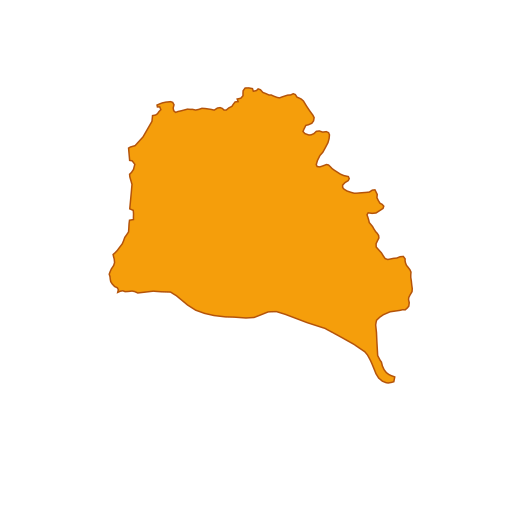 the district of Barra do Quaraí, Rio Grande do Sul, Brazil, rotated 237°
{"feature_id": "56859067B54951640947234", "entity_name": "Barra do Quaraí", "entity_type": "district", "adm_level": 2, "iso_a3": "BRA", "parent_name": "Brazil", "parent_adm1": "Rio Grande do Sul", "projection": "mercator", "projection_center": [-57.339, -30.127], "detail": "fine", "context": "isolated", "style": "filled", "palette": "amber", "viewbox_px": 512, "rotation_deg": 237, "n_neighbors": 0, "source": "geoboundaries", "source_scale": "gbopen_adm2", "svg_char_len": 3696}
<svg xmlns="http://www.w3.org/2000/svg" viewBox="0 0 512 512"><g transform="rotate(237 256 256)"><path d="M430.1,245.7L425.6,242.1L417.4,226.1L414.4,214.7L415.8,210.1L415.9,207.9L405.0,202.1L403.2,204.0L398.9,204.3L395.3,200.4L393.9,197.1L393.4,194.5L391.1,193.3L387.9,192.3L383.6,191.0L376.8,185.7L364.3,175.8L361.1,177.9L358.0,176.2L355.1,174.2L353.3,173.1L354.9,169.4L352.3,167.2L350.4,165.8L348.6,164.5L345.6,162.2L344.3,159.2L343.1,156.1L340.8,153.1L339.0,150.4L337.4,145.9L336.2,142.7L335.4,139.3L335.1,137.0L332.8,136.1L330.8,135.5L327.5,133.8L325.6,131.5L323.9,127.6L322.2,125.0L320.7,123.0L318.2,122.3L315.8,121.1L313.6,120.2L310.8,120.2L307.4,120.8L304.9,122.4L302.7,122.2L300.8,120.2L300.4,122.9L299.4,125.3L297.4,126.8L295.8,129.6L294.1,133.0L292.2,134.9L289.4,136.7L282.4,150.8L280.9,152.7L277.5,157.2L272.3,164.7L269.2,166.1L266.1,167.6L260.6,169.3L252.2,171.9L243.4,175.9L235.9,181.6L229.0,188.3L221.6,197.2L216.7,204.3L209.5,213.8L205.5,220.9L204.1,227.6L202.5,235.7L201.4,237.7L199.7,240.5L198.2,242.9L191.1,248.8L184.3,253.8L172.4,262.5L159.7,272.8L157.8,274.4L155.7,275.5L143.8,282.0L128.8,289.9L116.4,295.1L112.3,295.6L108.2,295.3L106.0,295.1L102.2,294.5L96.9,293.5L91.9,292.5L86.8,292.4L82.2,293.8L78.9,296.1L77.5,297.7L76.2,300.8L75.5,303.1L79.0,306.5L82.1,304.2L84.2,302.9L87.2,301.8L90.9,301.5L94.9,302.1L98.7,303.4L101.0,303.3L106.2,303.8L112.5,307.4L118.8,311.0L126.1,315.3L133.0,318.8L135.0,320.6L136.5,322.2L137.3,326.6L137.4,330.9L136.2,338.0L134.0,342.8L132.1,346.9L131.1,349.7L129.6,351.8L130.0,354.6L130.7,356.8L133.4,359.1L136.2,360.1L137.9,361.4L139.3,363.7L141.1,367.4L143.4,369.2L146.8,370.8L150.3,372.6L153.7,374.1L156.0,375.6L158.1,377.2L160.6,377.6L163.4,377.4L166.2,377.1L168.7,377.6L170.8,378.4L172.4,379.5L175.4,379.3L176.9,376.5L177.6,372.9L179.2,369.9L180.3,367.0L181.3,364.6L183.5,362.9L186.8,362.8L190.3,362.9L193.4,362.4L198.1,361.7L200.9,363.4L202.7,366.3L204.2,368.9L206.4,370.0L209.1,370.0L211.2,369.6L214.6,369.6L217.3,369.8L222.3,369.2L225.1,370.2L227.9,371.0L230.1,371.5L231.1,373.6L228.5,376.6L226.7,380.1L226.7,383.2L226.7,388.4L228.2,390.3L230.6,389.9L232.8,388.7L236.0,388.8L239.1,389.2L241.6,391.2L246.7,391.8L247.9,389.4L247.9,385.8L249.3,383.1L251.2,379.6L252.5,377.2L253.7,374.9L255.1,372.6L257.7,370.3L261.0,367.7L264.2,366.2L266.3,366.0L268.3,367.3L269.1,370.6L269.0,374.4L270.1,376.3L272.3,376.7L275.7,373.4L278.8,371.3L281.3,370.2L285.3,368.4L287.9,367.4L290.2,367.0L292.8,366.4L294.3,365.0L295.3,360.5L296.0,358.0L297.7,356.0L299.8,356.3L302.6,359.5L305.5,364.4L306.6,368.5L309.0,373.0L311.8,378.0L314.6,381.2L317.6,383.6L319.9,384.0L322.0,382.7L323.6,379.4L326.4,377.2L327.7,374.5L327.1,371.2L327.6,368.2L328.7,366.2L332.0,363.7L334.8,363.2L336.2,365.2L338.4,368.9L337.5,371.5L336.9,375.1L338.0,377.9L340.4,380.1L343.1,380.4L348.2,380.1L354.1,380.0L360.1,380.2L363.0,379.4L365.0,378.2L366.9,376.9L370.0,376.9L371.8,375.6L372.2,372.8L373.7,370.1L375.2,364.6L375.8,361.8L377.6,360.0L380.3,358.0L382.8,356.4L383.9,354.6L386.7,352.8L389.5,350.8L393.0,350.3L395.0,348.8L394.5,346.5L395.6,343.5L398.3,344.2L400.9,341.5L402.8,338.4L401.6,335.2L399.4,333.6L397.5,332.4L396.6,329.2L397.9,325.7L395.2,325.1L396.6,322.4L395.6,319.5L394.6,317.3L395.0,313.9L394.6,310.5L395.8,308.7L398.1,308.1L400.0,306.7L401.1,304.2L401.1,300.4L403.3,298.3L407.2,293.9L409.3,291.1L410.1,287.9L411.3,284.8L413.5,282.7L414.8,280.7L416.5,278.5L417.6,275.1L418.6,272.1L419.7,269.2L420.2,266.8L422.6,266.1L425.2,267.1L427.5,269.6L430.2,269.8L432.0,268.4L433.1,266.2L434.1,264.3L435.4,260.9L436.0,258.2L436.5,255.2L434.7,254.5L433.5,256.5L430.5,255.9L430.0,253.4L429.0,250.9L428.9,248.6L430.1,245.7Z" fill="#f59e0b" stroke="#b45309" stroke-width="1.5"/></g></svg>